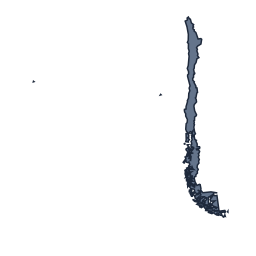 Chile, Mercator projection, rotated 352°
{"feature_id": "CHL", "entity_name": "Chile", "entity_type": "country or territory", "adm_level": 0, "iso_a3": "CHL", "parent_name": "South America", "parent_adm1": "", "projection": "mercator", "projection_center": [-72.304, -36.699], "detail": "fine", "context": "isolated", "style": "filled", "palette": "slate", "viewbox_px": 256, "rotation_deg": 352, "n_neighbors": 0, "source": "natural_earth", "source_scale": "50m", "svg_char_len": 6113}
<svg xmlns="http://www.w3.org/2000/svg" viewBox="0 0 256 256"><g transform="rotate(352 128 128)"><path d="M199.5,30.1L201.5,29.5L202.0,28.6L201.8,27.4L203.2,26.5L204.0,28.4L204.9,28.9L205.4,32.8L207.4,34.8L206.5,36.0L207.0,37.1L206.2,37.6L206.2,39.0L207.3,40.0L207.0,41.2L208.5,42.9L209.8,49.6L212.6,49.6L213.3,50.4L211.9,55.0L208.3,56.6L207.0,58.1L207.7,59.7L206.9,61.2L207.6,64.5L206.9,65.9L208.0,68.2L205.9,69.0L204.5,72.6L202.6,74.8L201.9,78.0L201.1,79.1L201.3,82.6L201.8,83.0L201.3,83.9L200.5,83.9L199.9,87.1L199.0,87.7L198.8,89.7L200.1,91.5L199.7,92.1L201.1,96.0L200.8,97.5L201.9,97.9L201.8,102.5L201.0,102.9L199.6,107.1L198.9,107.6L199.5,109.0L199.5,111.7L196.9,114.0L196.3,115.6L196.4,120.3L197.7,124.4L197.3,125.4L195.5,126.4L194.9,129.9L194.2,130.1L194.4,132.1L193.8,133.0L194.3,133.8L193.3,136.2L193.4,140.9L194.0,143.1L192.6,144.2L192.4,146.0L192.6,148.7L194.0,149.7L193.4,150.3L194.3,153.5L193.8,156.1L196.2,156.5L196.4,157.1L196.0,158.3L192.8,158.3L192.9,159.1L194.7,159.5L195.7,161.0L195.0,162.6L194.1,163.0L194.5,165.2L193.5,166.4L194.2,169.3L193.3,170.4L193.4,172.6L191.6,174.3L190.9,176.6L191.8,178.8L190.5,180.6L190.5,182.3L188.8,183.6L188.4,185.4L187.1,185.5L186.6,187.2L186.9,190.6L188.3,194.5L190.9,193.7L191.6,194.1L191.8,198.1L191.4,199.7L193.1,202.5L201.3,202.8L207.4,204.7L204.3,204.1L202.7,205.8L197.9,207.9L197.1,214.7L195.9,215.5L192.3,213.7L191.3,211.8L193.3,211.0L193.7,212.1L193.5,213.0L193.9,212.7L194.1,211.0L195.9,209.7L196.2,208.1L195.5,207.8L191.9,210.3L190.8,212.6L188.7,211.1L190.1,207.8L191.2,208.2L192.5,207.1L195.0,206.8L190.1,206.3L188.5,209.9L186.3,208.3L188.0,207.4L188.5,206.0L186.6,207.3L184.8,207.0L184.7,205.4L183.7,203.5L185.6,204.3L186.2,203.3L187.9,203.8L189.8,202.4L190.7,204.1L190.1,205.1L190.9,204.4L190.5,202.8L191.0,201.7L190.8,200.8L188.3,199.1L190.6,201.4L186.8,203.0L185.9,201.4L184.1,200.6L185.2,200.2L185.1,197.9L181.6,196.6L180.4,194.1L182.1,194.0L181.7,192.8L182.3,192.1L183.4,192.9L184.3,195.0L185.7,195.8L186.4,194.0L186.3,192.9L185.0,195.1L184.1,193.7L184.1,192.9L185.1,193.1L182.3,191.0L183.5,189.6L185.1,189.8L183.6,188.4L183.7,187.3L185.6,187.3L184.5,186.2L185.2,183.7L184.0,186.7L183.4,186.0L183.5,181.0L184.8,180.3L183.0,180.2L182.5,177.4L187.4,178.3L186.5,177.4L186.0,175.3L185.1,177.0L184.0,177.2L182.2,175.6L182.7,174.8L183.9,175.4L184.3,174.9L182.9,173.9L184.2,172.5L183.6,170.1L182.8,170.7L180.8,169.8L180.9,168.5L178.6,169.6L179.1,171.0L177.9,169.6L181.1,166.4L180.5,164.7L184.2,164.1L184.4,162.5L185.1,162.0L185.6,162.2L184.8,165.8L183.3,166.7L185.0,166.4L185.4,164.6L186.0,164.4L186.1,165.9L185.1,168.6L185.5,168.8L186.5,164.9L185.9,163.7L186.0,162.4L187.9,161.7L189.2,162.3L187.1,161.0L187.3,160.2L190.3,157.3L190.3,156.4L187.9,154.9L188.0,153.4L188.7,153.2L189.0,151.9L188.6,150.1L189.9,148.6L189.6,146.5L189.9,145.6L190.5,145.6L189.9,144.2L190.5,143.9L191.3,144.9L191.0,142.7L189.7,142.3L191.6,140.9L191.7,140.1L190.8,141.1L189.1,140.2L188.0,141.6L186.0,141.4L186.4,140.5L185.5,139.8L185.0,137.2L186.2,131.8L187.3,130.9L188.0,127.9L186.8,124.2L187.1,121.8L186.3,120.0L186.3,118.2L186.5,117.4L188.1,117.3L188.5,114.8L190.6,110.2L190.5,109.3L192.1,106.8L193.0,102.2L194.4,99.7L194.1,97.0L195.3,94.9L194.2,85.2L194.4,83.8L195.5,82.9L195.8,80.6L195.0,77.2L196.3,74.7L198.5,65.3L198.3,62.8L199.3,60.4L198.8,57.7L199.6,52.9L198.7,51.5L199.8,49.7L200.8,43.7L200.5,36.0L199.5,30.1ZM206.7,207.1L206.6,222.2L203.3,222.3L202.3,221.2L199.1,221.9L193.4,220.5L193.8,219.3L196.8,219.4L197.9,218.5L198.3,219.6L199.9,219.9L197.7,217.0L197.6,215.5L198.5,215.0L198.3,214.4L199.0,213.7L199.6,216.2L198.6,216.3L199.0,217.2L200.5,218.9L202.2,218.4L204.2,220.1L205.1,219.1L201.2,217.0L200.5,215.5L200.8,214.3L203.8,212.3L199.8,212.0L199.4,210.0L200.6,209.0L199.6,207.8L201.4,208.2L203.5,206.0L204.6,207.2L206.7,207.1ZM185.8,150.3L183.3,149.6L184.0,147.7L184.7,141.7L186.8,142.2L187.2,143.9L186.8,144.5L187.0,145.4L185.7,146.0L187.2,148.0L185.9,149.2L185.8,150.3ZM182.7,182.1L183.0,187.9L182.5,189.8L181.8,189.9L181.3,188.1L181.9,186.2L181.0,186.9L180.5,188.9L178.6,188.5L178.7,187.4L179.4,187.5L179.6,186.6L178.9,185.8L180.5,185.2L180.0,184.5L181.0,183.3L181.2,181.9L182.7,182.1ZM201.6,222.4L207.4,223.0L207.7,223.6L206.8,224.4L208.2,225.1L209.1,227.9L205.8,226.5L205.7,225.0L204.4,224.5L203.8,225.4L204.5,226.7L203.6,226.4L201.2,224.3L201.6,222.4ZM186.1,155.5L184.9,157.3L185.9,161.2L184.5,161.5L184.5,160.8L182.4,157.6L182.8,156.6L184.5,156.2L184.9,154.7L186.1,155.5ZM187.1,212.2L189.4,213.4L191.1,213.4L192.2,214.9L191.4,216.3L189.5,217.1L189.1,216.7L189.9,215.3L188.8,215.1L188.6,216.3L188.1,216.2L187.7,214.4L185.5,213.1L187.1,212.2ZM193.0,215.5L197.0,217.0L197.1,218.0L196.5,218.9L195.2,217.9L193.2,218.4L192.2,216.6L193.0,215.5ZM213.0,224.4L212.0,225.4L211.4,224.5L209.0,224.8L208.1,223.1L212.4,223.1L213.0,224.4ZM182.6,181.0L181.1,181.2L179.8,177.6L181.5,176.5L182.6,181.0ZM180.2,181.2L178.3,182.1L178.2,181.0L178.7,179.4L178.5,177.8L179.2,177.5L180.2,181.2ZM189.0,158.4L187.3,158.4L187.1,157.6L187.9,155.9L189.9,156.8L189.0,158.4ZM181.5,200.3L181.7,201.6L182.7,202.5L182.1,204.6L181.4,204.5L180.4,201.3L181.5,200.3ZM182.0,207.7L186.3,209.9L188.4,211.8L183.8,210.0L182.0,207.7ZM184.0,163.2L182.1,163.5L183.6,160.6L184.0,163.2ZM195.3,222.5L197.9,223.0L199.5,222.6L200.0,224.1L199.2,224.5L195.3,222.5ZM180.4,182.5L179.2,184.5L178.2,184.8L178.8,184.0L178.4,182.7L180.4,182.5ZM181.5,191.1L179.8,192.2L179.0,192.0L179.5,189.9L181.3,190.5L181.5,191.1ZM182.6,198.0L182.4,198.8L180.6,198.8L179.6,200.3L180.2,198.0L182.6,198.0ZM180.3,193.1L179.0,194.5L179.1,192.9L180.3,193.1ZM186.4,158.6L185.6,157.7L185.8,157.1L186.3,157.4L186.4,158.6ZM184.3,201.9L183.5,202.1L183.0,200.9L184.3,201.9ZM181.2,175.9L179.8,176.0L181.1,175.7L181.2,175.9ZM211.8,227.5L212.0,228.9L211.1,228.3L211.8,227.5ZM185.7,153.0L185.1,153.5L184.3,153.2L184.3,152.9L185.7,153.0ZM211.3,229.2L210.0,229.5L209.9,229.3L211.3,229.2ZM215.3,224.4L215.2,225.2L214.9,224.9L215.3,224.4ZM41.3,69.0L40.7,69.1L40.9,68.6L41.3,69.0ZM165.3,99.7L164.6,99.8L165.0,99.3L165.3,99.7ZM182.2,151.7L181.6,151.8L181.5,151.5L181.9,151.3L182.2,151.7Z" fill="#64748b" stroke="#1e293b" stroke-width="1.5"/></g></svg>